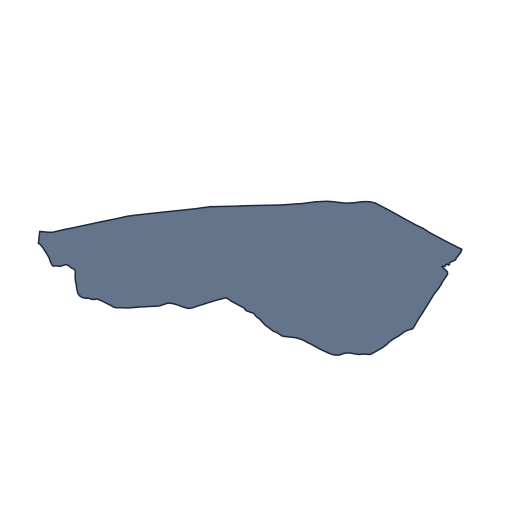 outline of Margina, Timis, Romania, rotated 141°
{"feature_id": "2599482B95683361390026", "entity_name": "Margina", "entity_type": "district", "adm_level": 2, "iso_a3": "ROU", "parent_name": "Romania", "parent_adm1": "Timis", "projection": "equal_earth", "projection_center": [22.386, 45.873], "detail": "fine", "context": "isolated", "style": "filled", "palette": "slate", "viewbox_px": 512, "rotation_deg": 141, "n_neighbors": 0, "source": "geoboundaries", "source_scale": "gbopen_adm2", "svg_char_len": 2781}
<svg xmlns="http://www.w3.org/2000/svg" viewBox="0 0 512 512"><g transform="rotate(141 256 256)"><path d="M408.6,411.2L417.2,402.7L416.8,402.3L416.3,398.8L416.5,395.7L417.3,388.9L417.9,384.9L419.2,381.6L420.2,377.5L420.1,375.9L418.7,375.0L417.2,373.8L414.9,371.3L413.2,370.6L410.1,369.4L408.3,368.2L407.4,365.1L407.0,362.8L405.6,360.3L405.7,358.9L406.3,357.4L407.6,356.0L409.9,353.3L412.3,349.8L413.9,346.4L415.6,344.0L417.7,339.7L418.2,338.0L418.1,335.7L417.0,332.9L415.0,330.4L412.5,328.4L411.4,326.3L409.0,323.9L406.6,322.8L404.1,318.1L399.9,308.8L399.5,307.5L398.8,305.8L397.0,303.6L393.6,300.9L388.8,296.7L386.5,295.0L378.8,289.7L378.0,289.4L375.3,287.1L371.6,284.6L365.8,280.2L362.2,277.9L356.0,275.5L354.4,274.9L352.7,273.7L351.8,272.5L350.6,271.4L348.0,267.7L346.1,264.5L344.3,261.5L342.0,258.2L341.7,258.1L340.2,256.9L338.0,255.7L333.5,254.1L325.2,250.8L322.0,249.6L314.0,246.3L307.5,243.3L305.9,242.5L305.0,241.4L304.7,239.9L304.2,239.1L304.0,237.5L303.5,236.1L302.4,233.5L300.0,227.7L298.0,223.1L298.0,221.8L298.2,220.8L298.1,219.9L297.5,218.8L296.0,216.3L295.2,214.9L294.1,213.5L293.9,212.7L293.9,208.6L292.8,204.5L292.7,200.9L292.3,196.5L289.9,186.8L288.1,183.6L286.5,178.9L286.2,177.6L284.2,175.2L280.7,171.8L276.6,167.5L273.7,163.4L272.0,160.2L269.7,154.7L268.9,153.3L265.0,143.6L260.8,135.0L258.5,131.1L256.2,128.6L253.5,126.5L249.7,125.3L245.9,123.2L242.8,120.2L241.4,118.4L237.5,114.2L235.7,113.3L233.5,111.6L231.6,109.7L230.0,108.2L228.3,107.3L215.7,105.2L209.9,105.0L206.9,105.3L203.8,105.3L199.4,104.8L195.4,104.0L190.5,103.9L187.2,103.5L183.8,102.5L180.2,100.8L177.2,101.8L170.0,104.5L160.9,107.5L150.0,111.3L141.6,114.3L138.8,115.0L134.7,115.8L132.4,116.7L131.3,117.0L130.9,116.9L130.0,117.4L129.4,117.7L125.7,119.1L121.6,120.3L118.6,121.2L117.2,123.3L117.4,124.7L117.6,126.8L117.9,128.4L118.1,129.7L118.0,130.7L117.8,130.8L117.4,130.7L116.6,129.9L116.1,129.1L115.7,129.0L115.0,129.1L114.4,129.8L114.1,130.0L113.8,129.8L113.4,129.5L112.5,129.4L112.2,128.9L112.3,128.2L111.9,127.6L111.0,127.6L110.1,128.8L109.4,129.0L107.7,128.6L103.9,127.5L103.1,127.4L102.4,127.9L101.3,128.6L99.9,128.7L96.6,129.4L94.0,130.2L91.8,131.7L93.2,134.6L94.6,137.7L100.5,151.0L106.9,166.3L107.2,167.8L108.5,171.3L108.6,172.1L110.5,176.0L112.3,179.7L115.7,187.8L124.0,208.4L127.4,216.1L129.9,222.0L132.8,225.9L136.5,229.3L141.2,232.6L146.0,235.5L152.5,240.2L155.2,242.7L161.5,249.3L166.4,253.9L176.0,260.9L179.3,262.9L187.9,268.2L190.0,269.8L203.0,278.9L206.8,281.7L220.4,292.3L232.0,301.3L240.4,307.5L256.0,319.6L258.6,321.4L258.8,322.0L270.1,329.0L270.4,329.0L281.1,335.9L289.0,341.0L300.8,348.7L322.8,362.9L331.0,367.9L340.1,372.4L357.0,381.2L379.9,392.8L390.0,398.1L398.0,401.9L399.1,402.4L402.6,405.3L408.6,411.2Z" fill="#64748b" stroke="#1e293b" stroke-width="1.5"/></g></svg>